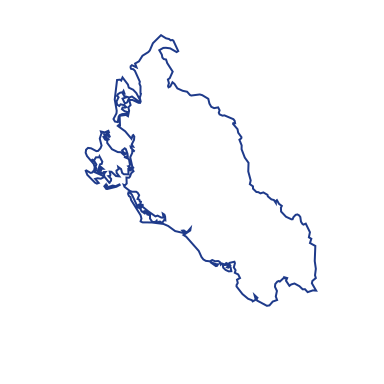 the State of Mecklenburg-Vorpommern, rotated 238°
{"feature_id": "DEU-3488", "entity_name": "Mecklenburg-Vorpommern", "entity_type": "State", "adm_level": 1, "iso_a3": "DEU", "parent_name": "Germany", "parent_adm1": "", "projection": "natural_earth1", "projection_center": [12.667, 53.898], "detail": "fine", "context": "isolated", "style": "outline", "palette": "blue", "viewbox_px": 384, "rotation_deg": 238, "n_neighbors": 0, "source": "natural_earth", "source_scale": "10m", "svg_char_len": 6119}
<svg xmlns="http://www.w3.org/2000/svg" viewBox="0 0 384 384"><g transform="rotate(238 192 192)"><path d="M331.1,211.8L330.9,216.2L333.8,222.2L333.8,229.1L334.4,231.2L338.9,237.7L341.4,248.8L336.1,251.4L333.9,253.6L331.9,254.3L331.4,255.8L330.3,256.4L318.8,255.0L318.8,253.1L325.4,249.6L328.2,246.2L329.4,244.0L329.6,239.4L324.5,239.2L321.7,238.1L319.7,238.5L318.1,240.2L314.5,239.3L304.3,239.4L300.3,233.4L300.2,231.2L296.5,230.1L294.5,227.8L293.2,227.6L293.0,229.5L295.4,233.6L293.1,234.4L287.6,234.5L282.8,237.7L279.6,241.0L275.3,241.7L274.2,242.5L270.6,250.3L268.7,252.0L262.4,255.2L257.7,253.6L254.0,253.5L251.4,255.2L249.9,259.0L246.7,258.7L245.0,256.7L243.2,256.5L240.6,258.3L239.8,260.1L231.8,265.7L229.8,265.9L227.5,265.0L228.5,263.5L228.0,262.9L221.2,263.9L217.8,262.6L212.3,263.0L211.4,262.2L211.2,259.9L205.2,258.8L202.0,256.7L193.2,255.0L186.8,255.4L179.6,250.6L170.7,247.9L168.0,245.2L164.5,246.7L162.5,245.5L157.9,246.6L156.7,248.2L154.6,249.3L153.8,252.3L149.6,254.5L148.1,254.0L143.7,255.4L141.8,257.2L138.3,257.3L139.9,258.3L140.1,259.7L135.9,259.5L132.6,260.8L131.6,259.1L128.2,257.2L121.2,258.6L116.1,261.9L115.6,262.9L116.9,264.7L117.7,267.8L117.1,269.5L115.5,270.4L113.4,270.6L109.1,268.7L106.5,268.7L105.3,269.2L104.9,271.7L95.4,270.7L91.6,267.1L89.1,268.4L86.2,265.0L80.9,268.0L68.4,259.5L61.2,256.3L56.2,252.2L53.4,251.4L52.8,247.0L51.1,245.3L42.6,245.0L44.5,242.4L45.8,237.0L49.7,236.3L50.8,234.3L55.2,233.2L60.1,230.4L61.0,227.2L60.8,224.9L66.9,224.7L68.6,227.1L70.6,225.3L69.6,225.0L70.5,224.1L69.5,219.0L70.5,218.5L70.8,216.8L69.8,213.8L67.6,212.1L63.1,211.6L59.0,207.7L55.3,206.9L56.3,202.4L54.8,197.6L55.8,195.2L65.4,189.7L67.2,190.1L67.6,191.4L71.4,190.4L67.5,189.2L66.9,188.5L67.1,185.5L68.4,185.5L71.7,183.0L78.7,180.7L88.3,179.7L89.5,180.5L90.6,182.6L93.8,183.7L93.6,187.1L97.6,187.5L100.8,185.5L102.6,187.5L105.9,187.5L108.9,190.7L110.4,191.0L112.0,186.3L111.6,184.7L113.6,183.4L113.2,181.3L115.8,179.3L115.3,177.9L118.0,178.5L119.6,177.6L121.0,174.9L123.6,173.1L123.7,170.5L126.3,167.2L128.8,165.9L131.8,165.6L138.4,166.5L157.1,163.4L160.0,162.0L160.3,170.1L162.1,171.7L160.6,166.9L161.4,165.7L163.7,164.7L164.3,163.4L161.1,164.1L161.7,163.1L167.8,157.0L175.8,153.8L180.0,150.9L187.5,141.7L192.5,133.9L195.0,132.4L194.5,133.0L196.2,135.0L199.5,136.1L217.4,136.1L220.3,137.1L222.1,136.4L224.3,136.8L225.3,137.9L223.4,139.3L221.4,139.6L207.6,137.9L205.7,139.3L202.1,139.0L200.9,140.6L200.4,139.9L198.8,140.6L199.2,141.9L200.4,142.1L199.8,142.7L196.6,142.2L194.5,144.1L191.7,142.3L187.5,142.5L186.0,145.2L186.4,146.8L184.3,146.1L183.7,146.8L184.3,148.0L183.9,149.2L181.6,150.3L183.0,153.6L182.1,154.4L185.5,156.2L187.4,156.6L189.1,155.8L185.3,154.4L186.6,152.4L190.2,150.3L190.7,148.1L197.1,145.4L195.6,144.8L195.6,144.1L198.2,144.1L198.2,143.4L199.6,144.4L206.3,142.1L205.7,140.6L206.5,140.2L209.4,139.9L209.4,140.6L207.4,141.7L206.8,144.1L208.4,141.3L210.8,143.5L211.6,142.7L213.4,143.3L214.9,142.1L217.3,145.5L220.2,145.5L221.8,144.8L224.0,141.3L226.0,139.8L232.2,137.5L234.2,137.9L233.2,138.6L233.8,141.1L239.0,144.1L237.5,146.1L237.9,147.6L240.1,150.3L240.6,153.4L244.9,153.7L244.9,154.4L242.8,155.1L245.4,154.9L254.2,158.0L256.8,162.0L258.9,163.4L256.8,164.8L261.7,163.6L263.2,164.1L261.6,166.1L264.3,166.1L266.9,170.4L269.5,172.4L271.4,172.4L271.4,171.7L269.2,168.9L278.9,167.5L287.4,164.1L287.6,165.0L286.3,165.5L286.4,166.1L295.0,171.0L292.3,176.9L290.2,177.9L294.2,181.7L297.5,182.9L298.3,186.0L302.8,187.3L302.9,188.3L301.6,190.3L296.0,193.9L295.1,195.2L295.9,196.4L299.5,197.6L302.4,200.8L303.2,200.7L309.0,204.4L311.7,204.8L313.2,206.2L325.0,207.8L327.2,207.3L328.7,205.6L330.0,205.8L331.1,206.6L331.4,208.2L327.1,211.0L331.1,211.8ZM286.2,142.1L289.7,146.3L291.6,146.8L288.8,149.6L288.2,153.5L285.7,153.0L287.4,152.7L287.3,150.9L284.8,151.9L282.6,151.6L282.6,150.9L285.5,150.0L287.3,148.1L283.3,148.3L279.9,149.6L285.7,146.8L285.7,146.1L282.5,146.1L280.7,147.4L278.5,146.1L270.7,146.8L265.2,150.2L263.4,152.8L259.7,153.8L259.4,156.5L260.5,155.8L260.0,155.1L264.3,154.8L264.7,158.1L263.5,158.6L258.8,157.6L256.0,156.3L257.8,153.0L255.7,154.4L256.2,155.1L252.6,155.7L248.0,153.8L247.2,152.9L247.6,151.6L243.3,152.3L242.7,151.5L243.2,150.9L245.5,150.9L245.5,150.3L240.6,147.5L243.2,143.6L245.2,142.9L249.0,144.0L252.4,142.7L250.3,141.9L250.2,139.3L248.1,138.2L243.8,138.6L245.8,136.0L251.8,134.4L252.9,133.0L249.8,131.9L249.1,131.0L249.7,129.6L246.0,130.4L244.5,129.3L243.9,127.1L242.7,126.9L251.8,125.8L254.1,127.2L254.8,129.3L255.7,127.7L255.1,126.2L257.6,123.9L260.4,122.7L258.3,126.2L259.9,126.9L258.8,128.9L261.5,128.0L262.0,126.9L259.9,126.2L261.0,124.7L264.2,128.8L263.7,130.3L265.2,132.0L271.2,132.4L270.6,131.7L272.3,128.9L270.6,125.5L272.2,124.7L272.2,124.1L269.6,125.5L266.0,125.5L264.7,123.7L262.7,123.2L260.4,120.0L252.9,125.1L251.3,124.7L251.6,121.7L253.7,119.2L254.4,116.9L249.1,117.7L249.5,115.8L251.3,114.7L262.0,112.3L266.3,113.1L266.3,113.8L262.0,116.1L261.4,117.5L262.4,120.7L264.7,122.7L268.0,123.5L278.1,122.0L281.6,122.6L284.0,124.6L284.5,127.2L282.5,129.6L277.3,132.6L276.6,134.1L277.6,137.5L279.3,139.9L286.2,142.1ZM326.7,187.8L325.4,190.5L324.0,191.0L326.0,193.8L317.1,194.6L314.0,193.7L309.9,196.3L305.4,197.2L297.7,196.7L296.2,195.2L304.8,191.7L305.4,188.8L302.4,184.6L302.6,182.0L308.0,182.6L306.9,187.5L309.2,185.4L312.3,185.5L311.3,186.9L314.0,187.5L313.3,186.2L314.3,183.7L314.2,181.0L313.1,179.4L311.2,179.9L308.7,175.9L305.8,174.8L303.5,175.9L304.2,177.9L301.6,180.5L298.8,181.3L299.0,180.0L300.4,177.9L299.4,176.5L296.2,177.7L294.0,179.7L292.4,179.3L295.1,174.0L295.5,171.4L294.8,169.8L290.6,166.1L292.6,164.0L295.5,164.1L298.7,169.6L300.8,171.2L311.4,175.5L326.7,187.8ZM104.0,183.4L105.2,181.1L108.1,179.2L111.3,178.4L113.6,179.3L110.5,185.5L109.5,185.5L110.0,183.0L109.6,181.8L108.6,182.7L108.9,184.1L107.7,184.8L104.0,183.4ZM242.7,121.4L240.8,122.5L239.5,128.2L237.4,130.3L236.9,134.4L236.3,134.4L236.5,130.7L239.5,121.6L240.1,120.9L243.3,120.7L243.8,122.4L243.2,122.0L243.2,123.4L242.7,123.4L242.7,121.4ZM116.1,174.0L116.5,173.0L123.0,170.3L118.0,174.2L116.9,175.8L116.1,174.0Z" fill="none" stroke="#1e3a8a" stroke-width="2"/></g></svg>